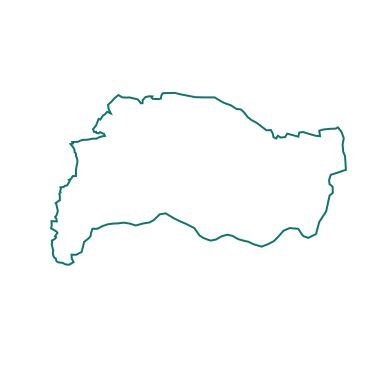 Kato Drys, Larnaca, Cyprus, rotated 295°
{"feature_id": "46923920B44987911839727", "entity_name": "Kato Drys", "entity_type": "district", "adm_level": 2, "iso_a3": "CYP", "parent_name": "Cyprus", "parent_adm1": "Larnaca", "projection": "equal_earth", "projection_center": [33.295, 34.838], "detail": "fine", "context": "isolated", "style": "outline", "palette": "teal", "viewbox_px": 384, "rotation_deg": 295, "n_neighbors": 0, "source": "geoboundaries", "source_scale": "gbopen_adm2", "svg_char_len": 2725}
<svg xmlns="http://www.w3.org/2000/svg" viewBox="0 0 384 384"><g transform="rotate(295 192 192)"><path d="M71.9,98.5L71.7,100.4L73.1,104.8L72.9,107.9L74.1,111.3L78.4,114.3L80.7,111.3L84.3,109.3L86.1,113.5L91.0,117.3L97.1,116.2L101.1,115.3L106.5,118.0L108.9,118.7L112.5,117.8L116.6,117.3L118.6,121.7L123.4,125.4L127.2,129.4L130.0,133.8L132.3,138.2L135.3,142.9L137.1,149.1L137.9,155.2L142.9,161.1L146.5,166.4L150.3,169.2L158.1,172.2L161.5,177.1L160.5,186.9L160.4,195.0L160.6,200.0L160.3,209.4L155.8,217.1L155.2,221.4L155.4,225.9L155.9,229.6L159.2,233.9L164.3,237.5L168.3,242.1L169.3,247.4L168.8,253.8L169.9,260.4L170.7,264.1L170.7,270.1L171.9,278.2L176.9,283.0L182.2,287.0L188.6,289.3L195.6,291.3L197.3,292.8L200.6,295.8L203.5,303.8L199.6,310.3L199.1,312.0L199.6,316.8L205.8,321.8L206.7,322.3L208.2,321.8L218.5,320.0L231.1,321.8L242.0,319.3L247.0,318.2L250.7,320.0L256.2,317.2L257.3,313.3L260.7,311.2L266.2,310.5L272.7,317.5L277.2,322.1L289.1,315.6L292.3,312.1L298.5,308.5L304.9,306.8L309.3,302.5L312.3,297.0L310.1,295.4L307.9,290.9L304.2,284.7L301.4,281.4L296.7,284.4L295.3,280.6L294.0,273.0L293.3,267.3L291.2,264.1L287.1,265.0L286.0,258.6L285.1,253.6L281.2,253.2L278.9,249.6L279.2,246.0L276.1,245.7L276.1,242.7L279.0,240.6L281.5,237.4L279.4,233.4L280.7,227.5L282.0,221.4L282.4,215.1L283.5,210.6L285.9,206.1L287.5,201.6L286.1,197.1L287.0,190.4L286.3,183.8L286.5,179.9L287.3,172.5L283.0,163.3L279.3,154.8L276.5,143.5L275.5,139.6L274.6,134.6L272.9,131.3L270.9,127.1L269.1,123.7L266.3,123.5L263.5,124.3L262.2,122.7L259.8,117.0L260.5,115.4L261.8,115.6L260.8,113.0L258.3,109.7L254.5,108.5L251.6,109.6L250.8,108.2L253.0,103.8L252.2,99.8L251.3,95.4L249.8,92.6L248.3,88.8L248.8,84.4L244.7,82.3L240.0,80.9L235.5,79.1L231.9,81.4L228.9,85.2L228.8,81.2L225.6,80.3L223.8,79.0L218.9,78.3L218.8,76.5L215.7,76.7L211.5,76.9L207.1,75.8L205.1,77.8L206.0,79.7L205.1,80.4L205.5,82.2L207.4,83.4L207.4,87.9L206.0,89.4L204.5,87.1L201.8,84.2L199.8,82.7L198.8,80.2L195.0,74.8L193.0,70.8L191.5,69.3L189.2,67.3L186.7,62.4L185.7,63.6L184.1,61.7L182.9,64.2L182.0,65.9L180.6,67.6L178.3,68.9L178.1,70.1L177.1,71.0L175.5,71.7L174.3,73.1L172.6,74.5L170.5,75.6L167.6,76.2L163.0,77.5L157.4,80.1L156.0,77.2L152.9,76.9L151.0,75.4L150.7,76.5L145.3,76.1L143.8,74.1L142.3,73.6L140.6,70.8L139.4,71.9L136.9,72.1L136.1,73.1L134.3,72.5L132.2,74.1L130.3,74.9L128.7,75.7L127.4,74.8L125.6,73.9L124.2,73.1L123.5,74.3L121.7,75.6L119.0,77.8L117.3,78.6L113.8,79.1L111.5,78.5L110.4,80.4L108.2,81.9L106.2,77.0L102.8,78.8L99.5,79.7L98.9,85.8L98.2,87.3L93.9,86.6L93.6,88.0L91.9,87.7L90.3,86.7L88.8,85.5L87.0,86.7L85.1,87.0L84.6,87.7L83.6,88.3L81.8,89.6L80.5,91.0L78.5,91.4L76.8,92.3L75.6,93.3L74.2,95.3L74.0,96.8L71.9,98.5Z" fill="none" stroke="#0f766e" stroke-width="2"/></g></svg>